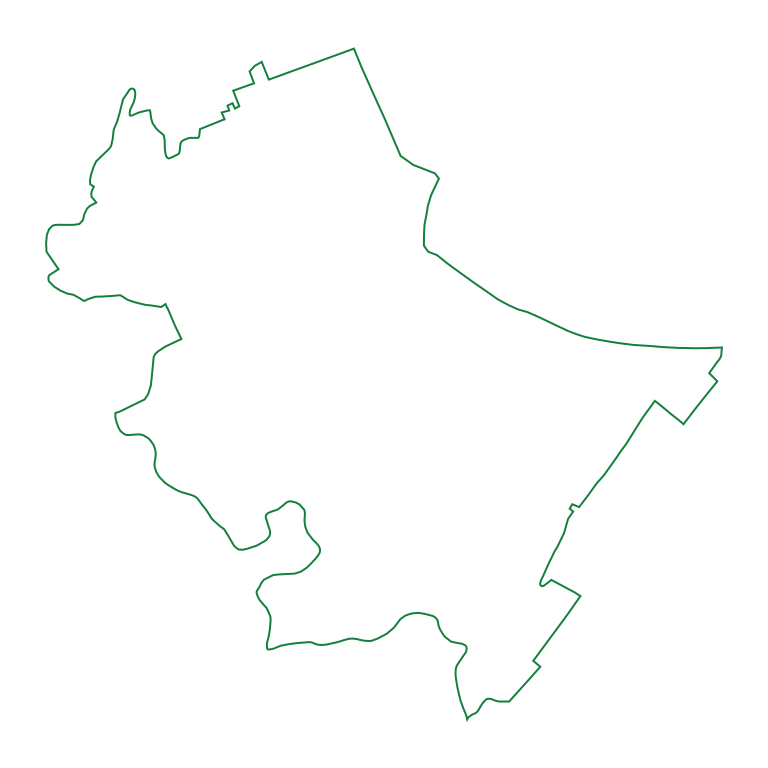 Ninh Bình, Ninh Bình, Vietnam (Albers equal-area conic projection)
{"feature_id": "81297802B33091662264636", "entity_name": "Ninh Bình", "entity_type": "district", "adm_level": 2, "iso_a3": "VNM", "parent_name": "Vietnam", "parent_adm1": "Ninh Bình", "projection": "albers", "projection_center": [105.965, 20.245], "detail": "fine", "context": "isolated", "style": "outline", "palette": "green", "viewbox_px": 768, "rotation_deg": 0, "n_neighbors": 0, "source": "geoboundaries", "source_scale": "gbopen_adm2", "svg_char_len": 5204}
<svg xmlns="http://www.w3.org/2000/svg" viewBox="0 0 768 768"><path d="M467.2,719.4L468.3,717.4L472.0,714.6L474.2,713.8L476.8,712.3L478.7,709.8L480.0,707.4L481.2,705.3L483.2,702.5L484.7,700.9L486.5,699.2L488.1,698.7L491.5,699.1L495.4,700.7L499.1,701.5L509.2,701.5L529.6,678.8L540.3,666.8L533.3,660.8L568.1,613.7L580.4,596.1L575.2,592.7L551.3,579.9L548.0,582.6L543.5,585.9L542.0,586.2L540.4,585.2L540.1,583.8L540.8,580.7L542.7,576.9L548.0,565.0L554.9,550.8L557.4,546.9L561.6,538.1L564.0,533.3L568.1,518.8L573.2,511.6L569.7,508.7L572.3,504.2L579.1,507.1L588.3,495.0L596.9,483.1L603.9,475.3L616.8,457.2L619.6,452.9L626.2,444.0L640.1,421.7L643.7,416.2L654.9,400.9L658.8,403.9L665.8,409.7L671.2,414.2L678.6,420.0L681.8,422.7L683.5,424.2L695.6,408.4L707.7,393.2L716.8,382.0L717.2,381.2L709.2,373.1L717.1,362.1L719.1,359.7L720.5,357.5L721.4,354.8L721.5,351.8L721.9,347.5L706.9,348.1L693.4,348.3L692.4,348.2L678.3,347.9L664.6,347.2L648.7,345.9L632.9,344.9L626.3,344.0L622.5,343.6L609.8,341.7L596.7,339.4L584.8,336.9L576.3,334.1L568.1,331.0L557.0,325.8L539.7,317.5L527.5,312.1L518.0,309.4L508.5,305.1L497.6,299.2L486.4,291.3L473.8,282.6L453.8,268.2L446.8,263.0L437.0,255.1L428.3,251.8L426.3,249.1L423.9,245.5L424.0,234.7L424.5,224.9L425.2,220.8L425.3,220.5L427.0,211.6L427.8,206.0L431.0,195.4L435.1,186.7L438.9,178.6L435.0,173.4L427.1,170.3L413.2,164.9L400.6,155.9L383.9,116.9L378.6,105.4L361.7,67.6L353.9,48.6L351.5,49.5L317.3,62.0L268.8,79.6L261.7,61.9L254.8,65.8L249.6,71.4L254.0,83.3L233.2,90.7L239.3,106.2L235.4,108.3L234.9,108.5L232.5,103.2L227.5,105.7L229.2,110.5L221.7,112.5L224.6,119.4L223.1,119.8L213.8,123.6L200.0,129.1L199.2,136.1L198.3,137.8L195.4,137.9L189.9,137.9L186.3,138.9L182.3,140.8L180.6,143.0L180.1,146.7L179.7,151.5L178.7,153.9L172.5,157.0L168.8,158.5L167.5,158.0L166.3,156.3L165.4,153.5L164.8,148.0L164.7,140.4L164.2,137.6L163.7,135.2L160.6,132.5L158.7,131.0L156.1,128.4L154.4,125.8L152.6,123.3L151.1,118.1L150.1,110.4L147.6,110.3L138.8,112.5L132.4,115.4L130.7,115.7L129.9,115.3L129.7,114.6L129.7,112.6L130.2,109.6L133.5,102.7L134.0,101.4L135.0,97.4L135.3,93.9L134.9,91.1L134.2,89.5L133.2,88.8L132.3,88.6L131.0,88.7L129.5,89.8L126.3,94.6L123.2,99.1L121.9,103.8L119.7,112.7L117.0,122.0L113.7,129.7L113.6,130.6L112.7,138.8L111.1,146.1L108.6,149.4L102.4,155.3L96.1,161.4L93.3,167.5L91.0,174.8L90.0,180.6L90.2,184.2L93.9,186.7L91.9,190.8L91.2,193.9L91.6,196.9L95.1,201.0L96.3,202.6L90.1,205.8L87.1,208.5L84.3,214.3L83.0,220.1L79.3,224.0L73.3,224.9L57.6,224.8L54.1,225.1L52.2,226.0L49.1,229.2L46.9,234.7L46.1,243.2L46.5,251.7L58.5,269.2L49.3,275.1L48.5,276.9L48.5,279.7L48.9,281.3L54.5,286.9L60.8,290.8L67.3,293.6L73.5,294.8L79.1,297.9L83.5,300.8L85.4,300.6L87.6,299.3L92.2,297.7L95.8,296.7L101.1,296.6L111.4,296.0L120.3,295.2L123.5,297.2L127.8,299.9L135.3,302.4L145.5,304.9L150.6,305.4L161.1,307.0L165.5,304.1L167.2,308.0L167.5,308.0L175.2,326.1L181.4,339.0L165.3,346.6L158.4,351.1L155.3,353.8L154.9,354.6L153.7,356.9L153.2,362.3L151.5,379.7L150.8,385.7L148.1,394.2L144.7,399.4L119.5,411.7L115.4,413.0L115.4,417.9L116.7,422.6L118.4,427.3L120.1,430.5L121.1,431.6L123.1,433.2L125.2,434.6L127.6,435.1L129.8,435.0L136.0,434.5L139.7,434.4L143.0,435.1L146.0,436.8L148.4,438.3L150.8,440.9L153.7,445.2L154.7,447.8L155.3,450.4L155.8,453.3L155.3,458.7L154.5,463.1L154.5,464.8L154.9,467.8L156.4,472.2L159.0,476.6L161.5,479.2L165.1,482.9L168.3,485.1L173.9,488.5L178.3,490.9L182.1,492.3L192.0,495.2L195.3,496.7L197.5,498.5L201.6,504.1L206.2,510.0L209.3,514.6L210.1,516.1L211.6,518.5L214.1,521.0L220.4,526.5L223.9,529.0L225.2,530.8L228.6,536.4L231.9,542.1L234.0,545.7L236.0,547.6L238.4,549.4L242.5,549.8L247.1,548.8L256.8,545.6L262.6,542.3L266.0,540.3L268.3,537.7L269.5,536.0L270.2,533.2L269.9,530.5L268.0,524.8L266.7,520.3L265.8,517.9L265.9,515.2L268.1,513.0L271.8,511.5L277.8,509.5L282.6,505.8L286.4,502.5L288.7,501.5L290.7,501.3L295.7,502.4L299.4,504.4L304.1,509.6L304.8,511.8L304.9,513.5L304.7,517.6L304.5,519.6L304.7,522.8L305.4,527.1L307.4,532.5L313.1,540.0L316.2,542.9L318.2,545.2L319.2,546.7L320.0,549.2L320.0,550.9L319.6,552.9L318.0,555.6L314.9,559.4L309.7,564.9L306.3,568.0L300.9,571.6L294.8,573.6L287.6,574.0L279.5,574.4L273.4,575.0L269.8,576.7L264.1,579.6L261.6,582.5L260.8,584.1L259.6,586.7L258.3,588.9L257.1,590.5L256.6,592.1L256.7,593.2L257.6,596.2L259.5,599.9L263.4,604.5L266.5,607.9L267.8,610.5L269.5,614.4L270.4,616.7L270.6,620.7L269.9,629.2L268.6,637.0L266.9,643.3L267.0,647.0L267.3,648.9L268.3,649.5L269.3,649.5L273.4,648.7L280.8,645.7L288.5,644.2L296.7,643.1L308.1,642.2L310.9,642.2L313.8,643.2L317.3,644.6L320.3,644.9L323.8,644.9L327.3,644.4L338.0,642.0L345.4,639.7L349.6,638.7L352.9,638.6L356.6,639.0L359.6,639.8L364.3,640.7L369.8,641.1L372.5,640.5L377.8,638.5L386.8,633.7L393.9,627.7L400.5,619.0L401.5,618.3L404.9,615.9L408.8,614.3L413.5,613.2L418.7,612.9L423.9,613.7L432.6,615.9L434.6,617.0L436.3,618.4L437.7,620.8L438.6,625.7L439.7,628.7L441.7,632.2L443.2,634.5L444.8,636.7L447.6,638.9L451.0,641.6L452.9,642.0L458.0,643.1L462.3,643.8L465.4,645.4L466.5,647.1L466.6,648.2L466.5,650.1L465.9,652.1L462.9,656.5L458.1,663.6L456.7,666.0L455.8,668.7L455.5,673.9L456.0,679.0L457.5,687.9L460.6,701.0L462.9,707.1L466.1,715.0L467.2,719.4Z" fill="none" stroke="#15803d" stroke-width="2"/></svg>